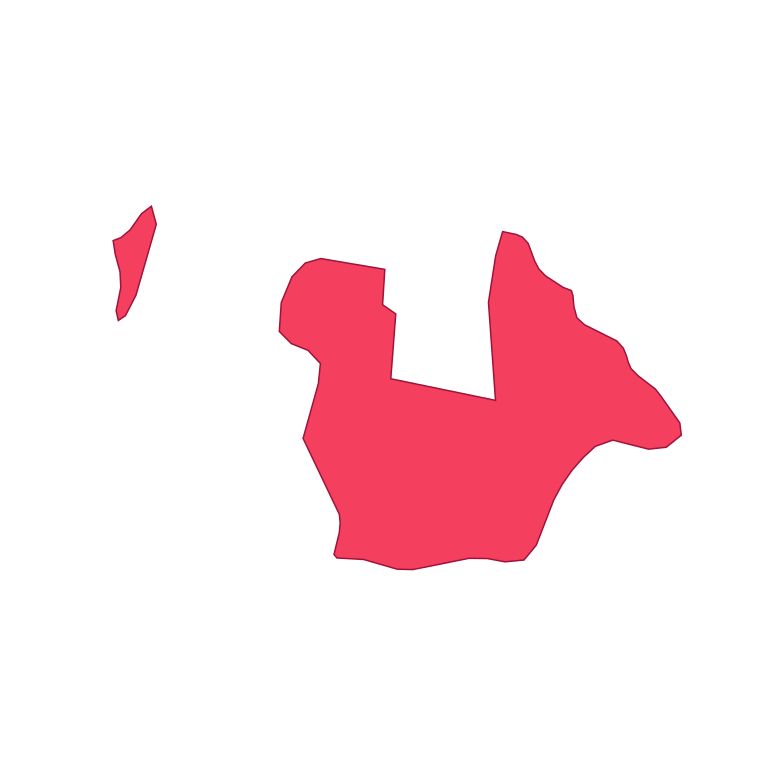 the border of Basilan, rotated 16°
{"feature_id": "PHL-2519", "entity_name": "Basilan", "entity_type": "Province", "adm_level": 1, "iso_a3": "PHL", "parent_name": "Philippines", "parent_adm1": "", "projection": "equal_earth", "projection_center": [121.999, 6.573], "detail": "fine", "context": "isolated", "style": "filled", "palette": "rose", "viewbox_px": 768, "rotation_deg": 16, "n_neighbors": 0, "source": "natural_earth", "source_scale": "10m", "svg_char_len": 1078}
<svg xmlns="http://www.w3.org/2000/svg" viewBox="0 0 768 768"><g transform="rotate(16 384 384)"><path d="M456.0,204.8L469.9,203.8L476.7,204.7L483.9,209.2L495.0,224.3L501.2,230.8L509.6,235.6L529.3,241.7L538.5,242.6L541.3,247.1L545.2,257.2L551.2,267.2L560.5,271.8L596.1,278.5L604.3,283.7L609.2,290.0L613.0,296.1L617.3,301.2L625.9,306.0L646.3,314.1L653.2,319.1L679.1,339.9L683.9,351.2L672.8,367.0L656.3,373.7L619.3,374.9L604.3,385.7L595.9,399.6L588.6,414.9L583.0,431.2L579.2,448.3L574.8,496.9L567.1,514.6L549.3,521.6L531.4,523.3L513.8,528.1L462.7,554.5L447.6,558.4L412.7,558.3L386.7,564.2L382.9,561.6L382.0,539.2L380.2,529.8L377.0,521.6L321.2,458.6L320.8,401.8L317.2,381.8L301.7,372.6L283.8,370.7L268.9,362.4L262.8,334.1L266.0,306.3L275.0,289.4L288.7,280.8L353.2,273.6L360.8,308.2L376.0,313.4L389.1,377.1L495.7,369.0L461.9,276.7L456.0,229.9L456.0,204.8ZM121.1,293.2L121.1,367.0L116.6,389.6L111.1,396.2L106.3,387.4L104.4,363.8L99.3,348.9L89.8,333.2L84.1,320.8L90.8,315.8L97.5,305.8L103.9,287.2L111.4,277.2L121.1,293.2Z" fill="#f43f5e" stroke="#9f1239" stroke-width="1.5"/></g></svg>